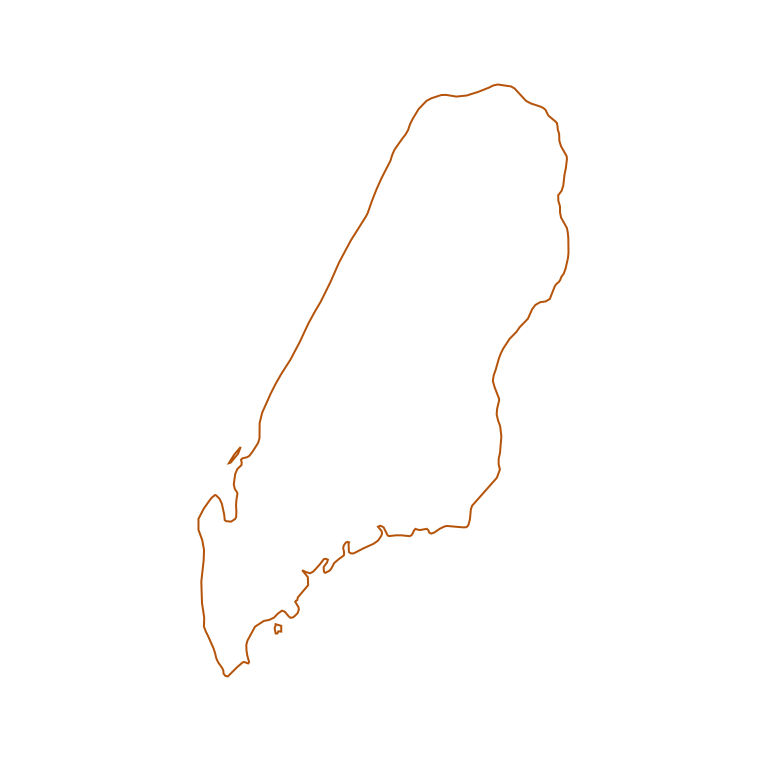 map outline of Madagascar (Mercator projection), rotated 190°
{"feature_id": "MDG", "entity_name": "Madagascar", "entity_type": "country or territory", "adm_level": 0, "iso_a3": "MDG", "parent_name": "Africa", "parent_adm1": "", "projection": "mercator", "projection_center": [46.989, -18.825], "detail": "fine", "context": "isolated", "style": "outline", "palette": "amber", "viewbox_px": 768, "rotation_deg": 190, "n_neighbors": 0, "source": "natural_earth", "source_scale": "50m", "svg_char_len": 3343}
<svg xmlns="http://www.w3.org/2000/svg" viewBox="0 0 768 768"><g transform="rotate(190 384 384)"><path d="M501.6,84.9L503.6,89.6L506.0,94.1L513.4,105.1L516.5,109.3L519.2,113.8L520.5,122.7L525.2,136.7L529.6,157.7L531.0,179.2L532.4,189.2L535.8,198.5L541.4,208.2L543.3,219.0L539.8,230.1L534.8,240.6L533.5,242.6L531.2,245.3L530.1,245.2L526.1,242.5L522.9,238.0L518.7,227.6L517.2,222.3L515.5,221.5L510.7,221.9L507.2,225.2L506.5,227.3L507.3,233.2L508.6,238.5L509.2,243.9L509.3,250.6L510.6,252.7L512.5,254.4L514.5,258.9L514.9,269.5L513.7,274.8L510.3,279.4L510.5,282.0L511.7,284.6L510.5,286.2L506.0,288.2L504.1,289.9L501.7,294.6L497.7,304.2L497.2,309.1L499.7,324.0L499.0,334.6L493.9,354.9L491.0,364.6L486.9,376.1L480.5,391.4L474.3,410.6L469.0,430.4L465.0,442.3L460.6,454.1L454.5,474.9L449.3,496.1L441.6,519.6L430.9,545.8L429.8,549.2L427.6,562.6L425.2,574.3L422.3,585.9L416.4,605.1L415.7,611.0L414.3,616.7L408.6,628.8L406.2,633.3L404.4,638.1L403.5,644.2L401.8,650.1L397.6,660.9L391.3,670.2L387.0,673.6L377.8,678.5L373.1,679.5L362.7,679.6L352.6,682.5L342.2,687.9L332.1,694.1L328.2,697.0L324.0,698.7L310.6,699.1L306.7,697.7L293.3,687.5L288.2,685.8L278.4,684.4L275.4,683.6L272.7,682.2L268.8,676.9L260.9,672.4L259.0,671.0L257.9,667.9L257.0,664.6L255.0,660.9L253.5,653.8L250.9,648.8L243.7,640.1L242.9,637.3L242.4,628.0L242.6,621.8L241.9,610.4L242.7,605.0L245.2,600.1L244.2,594.9L241.5,589.4L240.5,583.7L238.5,578.6L230.9,569.3L229.2,564.7L227.9,560.0L225.1,545.3L224.7,540.2L225.2,529.4L226.2,523.8L228.1,519.9L228.5,517.1L229.7,514.6L231.5,512.6L232.7,510.2L235.5,496.5L239.1,493.4L244.4,491.7L248.7,488.1L251.1,483.3L253.6,473.3L260.3,463.4L262.7,458.2L268.1,450.4L272.8,439.4L274.3,434.2L275.3,428.9L276.5,417.3L277.5,411.5L277.3,405.8L274.5,400.0L268.0,389.3L267.8,387.3L268.3,379.4L267.8,373.7L265.4,368.0L262.3,362.7L259.3,352.7L257.8,336.2L258.1,330.3L257.2,325.0L255.0,319.9L256.6,311.2L276.1,279.4L276.7,275.7L275.9,266.0L276.3,260.4L277.0,258.3L278.5,257.1L281.8,256.5L297.6,255.1L299.6,254.2L303.5,251.5L308.9,246.3L311.4,244.9L313.5,245.4L314.9,247.6L316.7,248.8L323.0,246.5L325.5,246.4L327.9,246.8L329.1,244.6L329.8,241.8L330.7,239.7L332.4,238.6L340.6,238.0L345.8,237.1L352.6,235.1L354.1,235.5L359.5,242.8L361.2,243.4L363.3,243.7L365.1,242.4L360.7,238.6L360.0,236.4L360.3,234.0L362.6,228.8L366.6,224.8L375.4,218.8L384.5,211.9L387.2,211.4L389.4,212.5L391.2,220.7L390.9,222.0L392.4,222.2L394.1,221.2L395.6,217.9L395.7,215.2L394.5,212.5L393.9,210.3L393.8,208.2L398.4,203.4L402.1,198.8L403.8,193.2L405.2,190.7L409.1,187.8L410.2,188.3L411.1,190.6L411.6,193.1L410.6,195.5L409.2,198.0L408.7,201.2L410.8,201.8L412.9,201.0L415.9,195.2L419.3,189.7L421.3,186.8L423.9,184.8L428.1,185.2L432.2,186.4L425.5,180.6L423.8,172.7L431.8,158.9L431.9,156.0L433.1,155.2L433.6,154.1L429.5,149.4L428.7,147.1L429.2,143.6L431.2,140.5L433.0,138.4L435.6,137.5L437.6,138.7L442.1,142.5L445.1,143.1L448.7,139.4L451.7,134.9L456.1,131.7L461.2,129.8L468.9,122.6L473.9,107.6L474.3,103.2L473.2,97.9L471.5,92.9L468.5,86.6L469.3,85.2L473.5,86.0L474.9,85.2L479.5,79.6L487.0,68.9L489.5,69.0L491.7,70.9L492.5,73.9L493.9,76.0L499.0,81.1L501.6,84.9ZM448.9,127.0L449.0,128.6L443.2,128.0L442.2,122.3L445.1,122.1L445.7,119.8L447.4,119.5L449.3,124.5L448.9,127.0ZM519.2,288.6L514.2,297.1L515.6,290.0L521.4,279.9L523.0,279.1L519.2,288.6Z" fill="none" stroke="#b45309" stroke-width="2"/></g></svg>